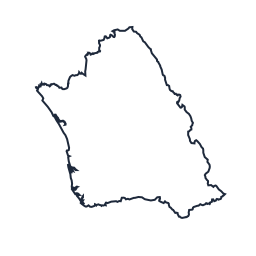 Antsalova, Melaky, Madagascar, rotated 349°
{"feature_id": "10022922B48021466276127", "entity_name": "Antsalova", "entity_type": "district", "adm_level": 2, "iso_a3": "MDG", "parent_name": "Madagascar", "parent_adm1": "Melaky", "projection": "natural_earth1", "projection_center": [44.617, -18.816], "detail": "fine", "context": "isolated", "style": "outline", "palette": "slate", "viewbox_px": 256, "rotation_deg": 349, "n_neighbors": 0, "source": "geoboundaries", "source_scale": "gbopen_adm2", "svg_char_len": 5747}
<svg xmlns="http://www.w3.org/2000/svg" viewBox="0 0 256 256"><g transform="rotate(349 128 128)"><path d="M157.2,38.7L155.0,36.6L154.3,35.1L152.1,34.4L151.0,31.7L151.6,29.7L148.6,29.4L147.2,30.5L143.6,32.0L138.5,31.0L136.7,29.3L133.0,29.4L131.3,30.0L132.2,30.8L132.9,30.8L133.2,31.2L132.7,32.5L133.0,33.6L132.9,34.2L132.4,35.6L131.9,36.1L131.2,35.9L129.7,33.8L128.6,33.1L128.2,33.4L127.8,35.1L126.9,35.7L124.8,36.0L123.8,33.9L123.1,33.6L122.6,33.7L121.9,35.5L120.8,36.9L117.7,37.1L116.6,36.6L116.2,36.7L115.8,39.3L116.3,41.0L116.3,41.6L115.8,42.8L115.1,43.6L114.6,45.9L115.3,47.1L115.1,47.5L114.4,47.5L113.9,47.2L113.5,47.5L112.7,47.5L112.3,48.3L109.6,48.2L108.4,48.7L107.9,48.0L107.4,48.5L105.5,48.8L105.6,47.8L104.9,47.5L104.1,46.6L103.5,46.5L103.7,47.0L103.5,47.4L103.0,47.2L102.3,47.6L102.2,48.4L101.9,48.5L101.5,48.0L100.2,48.9L99.5,49.8L100.2,52.1L100.2,53.6L97.6,62.2L96.8,64.2L96.2,68.3L93.7,65.9L93.1,65.0L92.4,65.8L91.6,65.6L90.7,63.9L90.2,65.2L88.4,66.4L86.7,66.2L85.5,66.5L83.6,65.5L82.1,66.1L80.8,66.9L78.6,70.2L78.1,71.8L78.2,72.5L77.8,72.7L77.8,73.2L77.5,73.3L77.1,75.4L76.2,76.9L75.3,77.4L72.9,77.7L71.4,77.4L70.9,77.0L70.4,75.6L68.3,75.4L67.8,74.0L66.9,73.4L66.8,72.9L66.3,72.8L65.9,72.0L65.0,71.9L64.2,70.6L63.5,70.4L61.6,70.7L61.4,70.4L60.4,70.5L60.1,71.0L60.1,71.5L59.1,72.2L58.2,70.9L56.5,70.4L56.2,69.5L54.9,68.7L54.5,68.5L54.2,69.1L53.7,68.9L53.6,69.4L52.6,69.1L52.2,68.6L51.8,68.8L51.7,67.5L51.4,67.9L51.6,69.1L51.2,69.1L51.2,68.3L50.8,69.1L50.6,68.4L50.3,68.4L50.2,69.2L50.5,69.1L50.6,69.5L49.7,70.3L48.9,69.7L48.9,70.6L48.3,70.5L47.2,72.2L46.4,71.8L46.3,71.5L46.7,70.9L45.7,70.3L45.4,70.4L45.5,71.0L46.9,72.8L46.7,73.4L45.9,73.9L46.0,74.3L49.7,80.4L50.5,82.7L49.2,84.7L53.3,91.9L56.0,97.9L57.0,102.0L57.7,102.7L58.8,101.9L58.8,101.0L59.5,101.1L60.2,103.1L61.3,104.9L61.4,106.1L62.4,107.9L63.4,108.4L65.6,108.4L66.9,109.6L67.6,111.9L67.3,112.8L66.7,112.8L67.2,112.3L67.0,110.8L65.9,109.3L65.2,108.9L62.3,108.9L61.2,107.7L59.9,104.2L58.8,103.0L58.5,103.3L58.4,104.1L59.3,107.0L60.9,110.9L63.9,120.4L65.2,123.1L66.1,127.2L66.4,136.2L65.7,138.3L64.9,138.6L63.8,138.4L63.3,139.0L63.9,143.7L65.2,144.5L64.1,144.8L63.7,145.3L63.5,149.4L64.0,154.2L64.6,155.3L65.6,156.0L67.6,156.7L68.5,158.4L69.5,159.5L68.5,159.3L67.1,157.3L64.4,157.1L65.4,158.3L65.8,159.6L65.4,159.3L65.1,158.5L64.0,157.7L64.5,160.1L63.9,161.6L63.9,159.6L62.9,157.6L63.1,155.6L62.6,153.0L62.1,152.0L62.0,155.1L62.6,162.4L62.3,166.2L62.7,168.7L62.5,172.0L61.5,175.1L61.9,176.6L62.2,177.0L62.5,176.9L62.4,175.7L63.1,176.1L63.1,176.7L63.5,176.8L65.1,176.5L66.3,175.8L66.7,175.8L67.2,176.1L66.0,176.4L65.8,176.9L65.9,177.4L64.6,178.6L62.9,178.4L61.3,177.0L61.2,177.2L63.5,182.6L64.6,182.2L65.5,182.3L66.6,183.0L66.9,183.4L66.7,183.7L67.6,184.6L67.0,184.6L65.4,182.9L64.8,183.0L64.6,183.6L64.9,184.8L66.6,187.9L67.8,191.1L67.9,192.1L67.3,192.6L67.5,192.9L68.7,193.0L68.9,192.8L69.0,192.2L68.5,191.0L68.4,189.2L69.2,188.1L70.0,187.6L70.3,186.6L70.8,186.2L70.5,187.6L69.3,188.5L69.0,189.6L69.4,190.2L70.2,190.4L69.3,191.4L69.3,192.1L70.1,193.6L68.7,194.3L70.4,196.2L71.4,197.0L72.4,197.2L74.5,196.4L75.7,198.0L77.3,198.5L80.0,198.1L80.9,197.4L81.1,196.6L81.5,196.9L81.5,197.8L81.8,198.0L81.9,197.7L84.3,197.3L85.6,198.2L86.7,198.6L87.1,199.4L88.0,199.0L89.1,199.4L90.5,199.2L91.4,199.6L91.4,199.1L90.9,198.9L90.9,198.4L91.5,198.0L92.0,197.1L92.4,197.1L93.6,197.8L97.5,197.1L102.4,197.6L103.5,198.5L105.5,198.0L106.9,198.5L108.6,195.3L110.6,195.6L111.7,196.3L112.3,197.6L114.4,197.5L115.8,198.4L120.4,197.7L121.4,197.9L125.1,197.7L126.4,198.1L128.5,198.7L130.8,201.0L131.6,201.4L136.6,203.5L140.6,203.6L143.5,201.6L145.8,201.8L146.1,201.9L145.9,203.7L145.4,203.9L144.7,205.4L145.8,206.5L148.7,208.5L150.3,207.1L151.1,208.3L153.2,209.3L153.6,210.2L153.4,211.3L153.7,213.5L154.7,214.3L156.0,216.6L156.7,217.0L158.2,220.4L159.6,220.4L160.5,221.0L160.3,221.9L161.1,224.7L161.9,224.8L162.3,225.5L163.3,226.3L164.1,226.6L166.7,226.6L167.3,226.4L167.8,226.7L169.0,226.5L169.4,226.1L170.3,226.0L171.2,224.8L171.4,224.2L171.4,222.7L172.4,220.1L175.3,220.4L175.9,220.2L176.6,218.6L177.4,218.1L181.1,217.6L182.5,217.7L184.4,216.6L185.9,217.7L186.8,218.1L189.1,217.6L190.0,217.1L190.4,216.7L191.2,217.1L191.4,217.7L193.2,217.6L193.7,218.2L194.0,217.9L194.1,216.9L196.3,216.4L196.9,214.2L198.0,214.3L198.7,216.3L200.4,216.0L201.3,214.8L201.7,214.6L203.0,215.2L203.1,215.6L205.5,215.3L206.2,214.3L206.4,213.4L207.9,213.1L208.3,212.6L209.1,212.4L210.6,211.4L209.1,210.5L207.5,207.9L205.4,205.6L203.8,202.0L203.1,201.2L201.6,201.3L200.6,202.1L198.7,199.9L195.9,199.6L195.7,197.6L196.3,196.3L196.4,195.2L195.5,193.9L194.5,191.7L194.7,190.7L194.4,188.9L195.5,187.7L198.5,186.2L200.6,182.7L201.0,181.1L201.0,179.5L199.5,176.4L200.2,174.3L197.8,171.2L197.2,166.7L197.7,163.9L197.7,162.5L196.5,160.7L195.5,157.4L193.6,154.2L192.6,153.0L191.3,153.5L190.6,154.6L190.3,155.8L187.4,154.9L186.4,152.4L186.6,150.6L185.7,146.4L186.4,143.0L187.4,142.9L188.9,141.8L189.9,141.6L190.2,140.1L189.8,138.9L191.6,137.5L191.9,136.6L192.7,135.4L191.9,133.0L191.9,130.8L191.5,128.3L190.5,125.8L188.5,123.5L187.2,120.8L187.6,118.9L187.6,117.7L185.8,115.7L185.0,117.6L184.2,118.1L183.4,118.0L180.9,113.1L181.1,112.0L181.8,111.7L182.0,112.6L183.5,110.8L184.4,108.6L185.6,107.2L185.5,105.6L184.9,105.1L183.2,104.7L183.2,105.3L183.0,105.5L182.1,104.7L181.5,103.5L180.3,103.5L179.9,102.3L179.3,101.7L178.9,100.4L177.7,100.1L176.5,98.6L176.3,97.5L176.4,94.6L175.5,93.6L174.3,93.3L173.6,87.6L174.0,85.8L173.8,85.1L173.9,84.3L173.6,83.6L172.6,82.9L172.3,82.1L172.2,77.0L171.4,73.7L171.5,72.9L170.3,69.4L170.3,68.8L169.7,68.4L169.3,67.7L169.5,66.3L165.7,59.2L165.3,56.0L165.5,55.1L164.6,54.2L163.4,52.4L160.9,47.1L159.5,45.8L158.5,41.7L157.5,40.4L157.2,38.7Z" fill="none" stroke="#1e293b" stroke-width="2"/></g></svg>